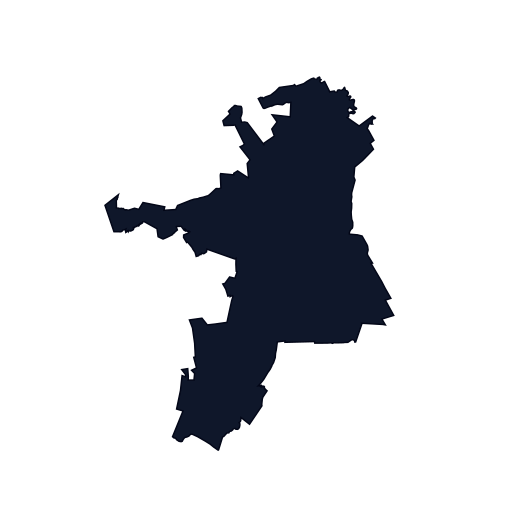 the district of Ixtlahuaca, México, Mexico, rotated 230°
{"feature_id": "50627088B15335958554476", "entity_name": "Ixtlahuaca", "entity_type": "district", "adm_level": 2, "iso_a3": "MEX", "parent_name": "Mexico", "parent_adm1": "México", "projection": "natural_earth1", "projection_center": [-99.782, 19.602], "detail": "fine", "context": "isolated", "style": "filled", "palette": "ink", "viewbox_px": 512, "rotation_deg": 230, "n_neighbors": 0, "source": "geoboundaries", "source_scale": "gbopen_adm2", "svg_char_len": 6153}
<svg xmlns="http://www.w3.org/2000/svg" viewBox="0 0 512 512"><g transform="rotate(230 256 256)"><path d="M332.1,422.0L334.0,418.7L334.2,418.0L345.5,420.7L345.6,420.4L345.8,420.4L346.4,417.2L348.8,417.1L349.5,418.0L349.1,418.7L349.3,419.1L350.0,418.2L351.0,419.2L351.6,419.5L352.2,419.6L352.7,418.4L352.6,417.8L352.8,417.3L352.3,416.9L352.5,415.8L354.2,414.5L355.1,414.6L355.2,414.0L355.7,413.4L356.2,411.9L357.0,407.2L357.3,403.4L360.4,395.7L362.5,395.7L362.7,394.1L370.1,382.2L369.6,377.0L369.8,370.6L371.7,365.6L372.2,363.0L372.9,362.8L372.7,362.6L373.1,362.7L374.5,361.6L375.1,358.9L364.8,356.6L364.0,356.9L363.5,357.6L362.5,360.7L360.4,366.1L360.3,365.8L359.8,367.6L358.5,370.0L354.9,373.4L354.5,374.7L354.6,375.9L354.2,378.1L352.4,379.6L351.3,381.5L340.6,371.7L353.8,359.1L345.1,358.3L343.1,349.7L336.1,347.2L337.3,334.8L336.4,333.6L363.8,335.0L365.9,333.5L367.7,330.9L371.8,332.9L373.7,336.1L375.0,337.6L378.4,340.2L380.0,340.7L380.3,340.6L382.8,338.1L384.5,337.0L385.2,336.1L384.8,335.4L385.0,333.1L384.5,327.9L382.8,327.7L381.4,327.3L380.9,317.6L380.4,317.3L376.4,315.4L370.6,322.8L370.0,324.2L349.2,319.1L349.1,317.1L349.9,313.9L333.5,313.3L332.5,308.7L320.9,300.7L320.8,300.3L333.0,296.6L333.6,292.1L332.4,291.2L341.8,281.9L341.4,281.2L340.5,280.3L330.7,272.9L331.3,271.0L333.0,269.2L333.3,268.6L332.9,261.0L332.9,258.7L333.1,257.6L333.4,257.2L335.0,253.3L336.9,249.8L337.1,248.6L339.3,245.1L340.7,241.7L345.1,228.4L343.2,224.4L350.2,214.8L352.3,217.7L369.6,203.8L367.1,196.2L370.7,193.6L373.0,187.8L375.1,186.1L375.2,185.5L376.6,184.9L377.8,184.8L378.4,183.8L379.2,183.4L379.1,183.0L380.3,181.9L380.6,181.2L381.4,181.2L381.9,180.4L382.7,179.9L383.5,180.8L388.4,184.7L388.7,186.2L389.5,187.0L389.6,187.7L390.6,188.7L391.4,189.9L391.9,172.9L365.9,162.8L361.4,168.1L361.1,169.1L361.4,171.0L360.6,172.3L360.3,173.6L359.7,172.5L357.9,171.5L358.0,172.7L357.5,172.6L357.5,173.5L357.9,173.9L357.5,174.7L356.8,174.3L357.0,174.8L356.8,175.3L355.9,175.8L356.0,176.4L355.5,176.6L355.1,178.3L355.1,179.1L355.5,179.3L355.8,180.0L356.6,180.4L356.0,181.0L356.2,181.9L355.8,182.3L355.7,183.1L355.3,183.7L355.7,184.0L355.4,185.0L354.4,185.4L354.5,186.0L355.1,186.3L354.8,186.5L354.8,187.0L355.3,187.2L355.3,187.5L354.8,187.4L354.7,188.1L355.0,188.3L355.2,189.0L354.5,189.1L354.5,189.7L354.3,190.1L354.8,190.5L355.1,191.2L354.2,192.1L354.1,192.5L340.5,197.7L333.7,193.4L328.9,195.6L328.7,195.8L327.6,199.5L326.1,205.7L326.4,205.9L326.3,208.2L326.5,208.2L326.5,212.5L329.7,213.7L329.8,214.0L326.8,217.8L322.3,217.5L322.1,217.9L322.6,219.0L322.4,219.1L320.8,219.2L321.0,217.9L320.2,218.2L320.0,219.2L319.2,219.2L318.6,219.9L317.8,219.6L318.2,220.6L317.1,220.8L317.4,219.4L317.0,219.2L318.6,214.1L316.7,212.4L310.9,211.5L310.6,212.6L303.7,212.5L301.5,212.0L298.0,211.7L294.1,209.9L293.1,212.2L293.4,213.8L292.5,214.7L293.1,216.2L291.6,217.1L291.2,218.0L291.0,220.7L292.8,222.8L268.4,237.2L267.3,237.9L267.1,239.2L262.6,235.3L257.0,231.0L256.1,231.5L252.5,225.5L256.9,222.3L255.0,214.6L255.9,212.6L249.9,211.5L243.3,208.7L242.6,210.8L241.5,210.0L240.9,212.4L240.4,212.6L239.8,212.3L237.6,208.9L223.8,191.1L230.1,181.0L234.5,174.4L243.1,174.6L249.8,163.9L241.7,161.1L228.6,152.9L217.7,144.7L218.4,143.2L208.5,138.5L209.9,133.2L205.5,133.5L200.8,128.7L204.5,124.3L207.2,126.7L213.6,131.3L216.7,126.1L210.3,125.8L208.8,124.3L211.9,122.5L201.5,111.7L189.8,96.8L184.2,100.5L171.2,75.9L169.1,76.3L168.8,77.1L168.4,77.3L166.3,77.1L163.6,77.9L161.9,79.3L161.5,80.4L162.3,82.3L162.8,84.6L161.7,87.0L161.2,88.8L161.5,91.2L160.7,92.5L155.2,95.1L146.7,98.2L141.5,99.9L136.8,100.8L131.6,102.2L131.6,102.8L138.9,114.1L138.5,115.3L139.1,119.7L139.0,120.2L138.0,121.5L138.5,122.7L138.4,123.4L137.8,124.6L137.8,126.3L138.0,126.4L138.1,127.0L138.0,127.8L137.7,128.6L137.3,129.2L136.2,129.2L135.1,130.5L134.9,131.3L135.3,133.0L136.5,134.6L137.8,135.8L139.2,135.9L139.2,137.3L139.6,138.3L141.9,140.7L131.3,142.9L137.4,164.2L138.6,165.0L142.4,168.9L143.5,170.6L145.6,177.8L147.8,177.5L148.3,177.6L149.0,177.2L150.5,178.4L151.3,178.3L151.5,178.0L151.6,177.3L152.6,176.9L152.8,177.1L153.6,176.9L153.6,176.5L153.3,176.3L152.5,176.4L152.1,176.0L152.2,175.7L152.8,175.8L153.9,175.3L154.4,175.5L155.1,174.3L155.4,177.1L156.5,182.5L159.5,191.2L159.4,191.3L160.2,194.2L161.4,197.0L161.6,196.9L163.1,201.0L165.8,205.4L168.9,208.4L171.0,211.1L176.5,217.1L172.3,223.6L171.3,222.7L152.8,245.9L151.5,245.0L143.6,254.5L141.1,257.9L140.6,258.0L140.0,258.4L139.7,258.9L139.7,259.7L137.8,261.8L133.4,267.3L133.0,268.1L130.8,270.9L130.3,275.8L128.8,276.9L127.8,277.0L126.5,276.4L126.1,277.1L136.0,293.5L136.6,293.7L122.1,309.1L120.1,310.8L126.8,311.9L122.0,323.3L139.1,326.7L136.9,332.1L148.4,334.2L155.4,335.8L176.5,339.4L175.7,340.7L185.0,342.1L186.7,343.1L188.3,345.4L188.8,345.9L191.8,347.8L193.4,348.3L203.1,350.1L206.9,347.4L212.7,341.6L213.7,342.3L214.6,343.6L215.4,345.8L215.4,347.5L215.7,348.1L216.9,349.5L219.7,351.8L222.6,352.9L226.1,355.3L228.6,357.2L231.2,360.0L234.7,363.1L236.7,363.9L239.7,367.4L241.4,368.5L242.9,369.9L250.5,380.7L253.6,381.7L260.7,388.8L260.7,399.3L262.3,414.6L268.9,415.9L268.8,420.7L279.3,422.8L282.4,423.1L282.6,424.0L284.2,426.7L284.5,428.3L283.0,429.0L282.2,430.1L282.8,430.1L284.0,431.2L285.0,431.8L285.8,434.0L285.6,434.9L284.9,435.2L285.0,436.1L288.3,435.2L289.3,418.6L303.4,414.8L303.3,416.2L303.5,416.9L304.9,418.1L305.1,418.5L305.2,419.2L303.8,421.1L302.7,421.7L302.2,422.4L302.3,424.2L303.0,424.5L303.9,424.3L304.8,422.4L305.4,421.5L305.9,420.1L306.2,419.6L306.8,419.3L307.6,419.4L308.7,420.0L309.2,420.5L309.7,421.6L309.5,423.4L308.2,423.6L307.3,424.0L306.4,423.9L305.2,424.2L305.1,425.3L304.1,426.9L304.2,427.7L304.5,427.9L305.3,427.9L306.9,427.2L308.1,427.3L309.4,428.3L311.5,431.1L312.4,431.6L313.4,431.2L313.8,430.5L314.7,428.5L315.0,428.2L315.8,427.9L316.2,428.3L316.8,430.6L317.3,431.1L317.7,431.1L318.1,430.9L318.8,429.3L319.5,428.6L320.0,428.5L320.4,428.9L320.8,430.5L321.4,431.3L322.0,431.8L323.7,432.0L325.5,431.0L327.8,432.1L328.2,432.2L328.3,431.8L327.7,429.9L327.9,428.0L328.3,427.5L329.8,426.5L330.4,425.4L330.4,425.0L329.6,423.6L329.7,423.1L330.3,422.3L330.8,421.9L332.1,422.0Z" fill="#0f172a" stroke="#020617" stroke-width="1.5"/></g></svg>